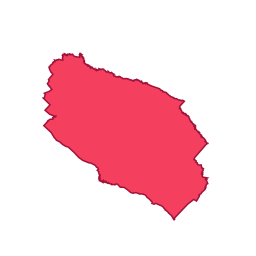 Bukidnon, Bukidnon, Philippines (Equal Earth projection), rotated 133°
{"feature_id": "2640588B97736443103823", "entity_name": "Bukidnon", "entity_type": "district", "adm_level": 2, "iso_a3": "PHL", "parent_name": "Philippines", "parent_adm1": "Bukidnon", "projection": "equal_earth", "projection_center": [124.931, 8.005], "detail": "fine", "context": "isolated", "style": "filled", "palette": "rose", "viewbox_px": 256, "rotation_deg": 133, "n_neighbors": 0, "source": "geoboundaries", "source_scale": "gbopen_adm2", "svg_char_len": 5820}
<svg xmlns="http://www.w3.org/2000/svg" viewBox="0 0 256 256"><g transform="rotate(133 128 128)"><path d="M161.7,32.6L142.8,32.4L135.4,31.2L134.7,28.1L128.9,29.4L128.5,30.5L126.4,29.8L124.6,30.1L120.4,29.8L120.0,30.3L119.3,30.1L118.8,30.9L118.2,30.7L118.0,31.4L117.6,31.2L115.7,32.3L114.3,31.7L113.2,34.0L112.8,36.4L111.7,36.6L111.5,35.8L111.3,36.2L110.4,35.9L112.8,39.7L112.9,40.4L112.1,41.4L110.9,41.7L110.9,42.0L111.4,41.9L111.6,42.3L111.4,43.0L111.0,43.4L109.9,42.7L109.5,43.0L109.2,44.1L108.0,44.0L106.8,45.0L106.4,45.0L106.6,45.8L106.4,46.1L106.9,46.8L105.1,49.3L106.5,50.6L107.3,52.1L106.2,53.5L106.8,55.1L105.6,55.6L105.7,57.5L106.2,57.9L106.0,58.5L103.4,59.1L85.9,59.7L85.0,59.0L84.7,59.1L85.2,60.6L84.8,61.5L84.9,61.9L85.3,62.0L85.3,62.6L84.5,62.4L84.1,62.9L83.7,66.1L84.1,67.0L83.8,67.7L84.6,68.2L84.2,69.0L83.7,68.7L83.3,69.0L83.2,70.9L83.6,71.8L83.1,72.4L82.5,72.5L82.5,73.3L82.9,73.4L82.7,74.4L83.2,74.5L82.6,77.4L83.3,78.5L82.8,78.9L82.2,78.4L81.8,78.6L81.6,79.4L81.9,80.6L81.5,81.1L80.7,80.9L80.4,80.1L80.2,80.3L80.2,80.9L80.8,81.7L80.3,82.8L80.9,83.1L80.4,84.7L80.6,85.6L80.0,85.6L79.9,85.9L80.3,87.1L79.8,87.6L79.8,88.5L79.0,89.5L79.0,90.6L78.2,91.2L78.1,92.5L78.9,93.5L78.4,94.2L78.3,95.2L79.0,94.8L78.9,96.4L79.5,96.6L79.7,97.3L79.6,97.6L79.2,97.0L78.9,98.0L79.7,98.2L80.0,98.7L79.4,99.9L79.0,100.0L78.7,101.8L78.0,102.6L78.4,103.2L78.0,103.1L78.0,103.8L77.5,104.0L77.3,104.7L76.6,105.0L70.0,105.0L70.4,106.9L70.9,107.4L71.5,107.4L72.2,109.4L72.9,109.8L73.5,112.6L74.7,113.9L75.0,114.8L74.6,115.1L74.7,115.6L74.9,115.7L75.6,117.6L76.0,118.0L75.8,119.3L76.2,120.5L76.0,122.3L76.3,122.8L75.9,123.8L76.2,124.4L76.1,124.8L76.6,125.1L77.4,127.3L77.7,127.4L77.2,128.1L77.6,128.7L77.6,129.4L78.1,129.8L77.8,130.7L77.8,131.8L80.7,138.2L82.6,143.4L82.6,144.1L82.3,144.3L82.2,143.9L82.0,144.4L82.1,144.9L82.4,144.8L82.5,145.3L82.6,144.9L82.6,145.4L83.1,145.5L83.1,145.8L83.7,145.5L83.9,146.7L84.2,146.6L84.7,147.4L84.9,147.1L85.4,147.3L84.9,149.3L85.1,149.4L84.6,149.7L84.7,150.5L85.7,150.6L86.0,151.4L85.7,152.1L86.0,153.6L86.4,153.5L86.6,154.7L86.9,154.5L87.0,155.0L88.6,156.1L88.8,155.8L89.5,156.3L89.7,155.9L90.2,156.1L90.4,158.0L91.1,159.1L91.4,159.1L91.7,159.9L91.5,160.4L92.2,161.6L92.4,161.6L92.6,162.6L95.3,165.2L95.4,166.6L95.8,167.1L95.8,168.5L96.1,169.5L96.5,169.8L97.0,169.6L97.0,170.2L98.5,170.9L98.7,172.7L99.6,173.5L99.5,174.0L99.3,173.9L98.8,175.1L98.2,174.9L98.7,176.4L98.5,177.9L100.1,178.7L100.1,181.1L100.4,180.8L101.6,181.4L101.5,182.1L101.9,182.8L101.6,183.4L101.9,185.2L101.6,185.9L102.5,187.2L103.6,187.5L103.8,188.0L104.1,187.4L104.0,189.0L105.1,189.0L105.0,189.5L105.5,189.2L106.1,189.8L106.4,189.7L106.5,190.3L107.3,190.2L106.9,191.2L107.6,191.2L107.8,191.8L107.2,192.7L108.0,192.7L108.3,194.2L107.9,195.5L108.3,196.2L108.7,195.6L109.2,196.0L108.9,196.8L109.6,196.6L108.8,198.1L109.4,198.8L109.2,199.2L108.9,199.0L108.8,199.6L109.1,200.0L110.0,199.7L109.9,200.2L109.3,200.2L109.2,200.8L110.3,202.2L110.0,202.4L110.1,203.4L110.5,203.9L110.1,204.8L109.5,204.8L109.5,205.6L109.0,205.4L108.4,205.9L108.4,206.7L108.1,206.9L107.9,207.9L107.1,208.0L107.1,208.8L107.6,209.5L107.3,210.3L106.7,210.1L106.7,211.1L107.0,211.6L106.6,212.1L106.0,211.9L106.3,212.5L105.8,213.0L106.0,213.8L105.6,214.2L107.7,213.5L108.0,212.4L109.1,211.7L109.1,212.2L109.5,212.1L110.1,212.7L112.0,215.7L112.3,217.3L111.8,218.8L112.6,219.3L113.4,220.7L113.6,220.4L113.8,221.3L114.5,221.2L114.4,221.5L115.2,222.5L115.9,222.1L116.1,222.5L116.2,222.1L116.8,222.0L117.2,223.2L117.0,223.3L117.3,223.7L116.9,223.9L116.8,224.5L117.0,225.1L117.3,224.7L118.0,224.9L118.6,225.7L119.2,225.0L119.1,225.4L119.5,225.5L119.5,224.8L119.9,224.4L120.1,224.6L120.3,224.2L121.6,223.7L122.4,222.4L122.5,222.7L122.9,222.2L124.0,223.2L124.6,225.0L125.1,225.6L125.7,225.5L126.5,226.5L126.8,226.3L127.7,226.7L128.3,227.9L128.5,227.3L128.8,227.4L129.5,226.7L129.8,227.4L131.2,227.7L131.4,227.3L132.0,227.3L132.4,227.0L135.2,227.5L136.8,227.0L137.0,227.4L137.3,227.3L138.2,226.1L139.7,222.5L139.8,219.6L146.8,219.2L147.6,217.6L150.6,217.2L151.2,214.3L150.9,214.1L151.2,213.8L151.3,212.1L151.7,211.2L151.7,210.0L154.9,210.6L159.7,212.9L159.9,211.4L163.1,209.8L163.9,210.4L164.2,200.8L171.6,200.8L171.4,194.7L169.6,190.1L168.5,188.8L169.3,188.5L170.6,189.9L171.8,190.1L172.3,189.0L172.7,189.0L175.0,191.1L176.6,191.2L176.8,191.5L177.2,191.5L177.0,191.2L183.7,191.2L183.7,181.1L185.4,175.1L185.4,173.3L185.8,172.1L184.7,168.4L184.6,164.0L184.1,162.8L184.0,161.3L182.7,158.7L182.6,151.3L183.1,143.7L182.5,139.0L180.1,132.7L179.0,131.4L177.6,126.3L178.1,124.6L177.8,122.5L178.2,121.7L179.9,121.7L179.9,119.6L180.5,119.2L181.3,117.8L181.4,116.2L181.8,115.9L182.1,116.5L182.5,115.7L183.0,115.8L183.1,115.4L183.4,115.7L183.7,114.9L183.8,115.2L183.8,114.9L184.2,114.8L184.4,115.2L185.1,114.7L184.9,114.3L185.2,113.8L185.1,113.2L185.6,113.5L186.0,113.1L185.4,112.7L185.6,112.2L185.2,112.1L185.3,111.4L184.9,111.6L185.0,110.8L184.6,110.5L184.8,110.0L184.4,110.1L184.6,109.9L184.4,109.6L184.5,109.2L184.1,109.4L184.3,109.1L183.8,108.5L183.3,109.0L183.1,108.4L182.6,108.6L182.4,108.1L182.9,107.9L183.0,107.1L182.2,106.9L182.5,106.3L182.3,105.3L182.0,105.3L182.0,104.9L181.5,105.0L181.6,104.5L181.2,104.1L180.9,102.6L180.4,102.2L180.5,101.7L180.2,101.8L179.9,100.6L178.7,99.6L178.7,99.1L177.9,98.5L177.5,98.7L176.5,98.0L176.3,96.3L176.6,93.3L174.1,90.4L173.6,86.9L173.3,81.8L172.2,79.7L170.7,78.9L169.4,77.3L168.4,74.4L167.1,73.4L165.3,70.2L165.3,68.1L165.7,67.4L165.4,62.9L165.8,61.7L165.4,60.7L166.3,59.0L166.8,59.0L165.9,56.9L164.2,56.3L161.9,49.8L161.9,47.7L162.2,46.8L162.2,45.3L162.5,45.0L162.2,44.8L162.4,44.2L162.2,41.6L162.6,40.3L162.4,39.6L162.5,37.6L162.2,36.7L162.9,35.2L162.8,34.7L163.3,33.1L163.5,33.1L163.7,31.7L163.1,31.7L163.2,32.0L162.9,32.1L163.1,32.5L162.9,33.0L161.7,32.6Z" fill="#f43f5e" stroke="#9f1239" stroke-width="1.5"/></g></svg>